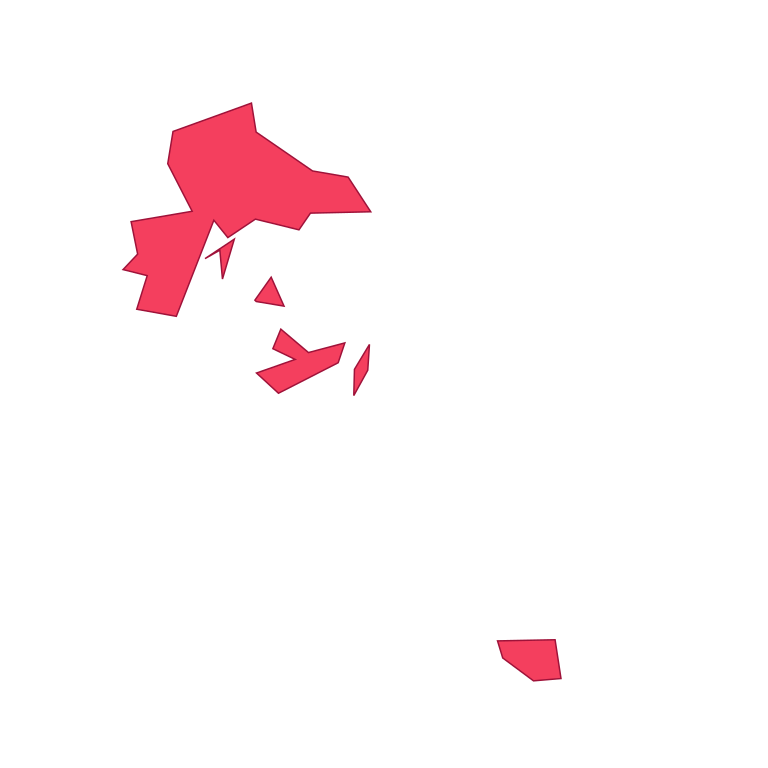 map outline of Attiki (Mercator projection), rotated 309°
{"feature_id": "GRC-2884", "entity_name": "Attiki", "entity_type": "Region", "adm_level": 1, "iso_a3": "GRC", "parent_name": "Greece", "parent_adm1": "", "projection": "mercator", "projection_center": [23.522, 37.086], "detail": "coarse", "context": "isolated", "style": "filled", "palette": "rose", "viewbox_px": 768, "rotation_deg": 309, "n_neighbors": 0, "source": "natural_earth", "source_scale": "10m", "svg_char_len": 772}
<svg xmlns="http://www.w3.org/2000/svg" viewBox="0 0 768 768"><g transform="rotate(309 384 384)"><path d="M447.5,61.1L518.9,104.2L499.3,126.1L504.6,194.4L522.2,225.9L509.5,265.3L470.5,219.3L450.3,220.9L431.2,180.3L399.5,170.5L404.2,148.7L305.9,180.0L286.5,144.8L319.2,131.8L308.7,109.2L329.9,110.8L351.0,85.3L397.5,126.2L419.1,77.3L447.5,61.1ZM312.3,278.0L347.2,299.5L341.5,275.4L361.7,269.3L360.9,305.5L391.3,327.7L371.7,335.0L310.4,307.8L312.3,278.0ZM255.8,633.9L292.9,677.9L266.5,706.9L247.4,687.0L245.8,648.7L255.8,633.9ZM363.9,192.4L384.7,172.2L368.8,166.0L402.4,176.5L363.9,192.4ZM396.0,229.1L381.6,257.3L367.7,232.8L367.9,230.9L396.0,229.1ZM405.6,347.8L384.5,362.7L356.0,367.8L376.8,351.8L405.6,347.8Z" fill="#f43f5e" stroke="#9f1239" stroke-width="1.5"/></g></svg>